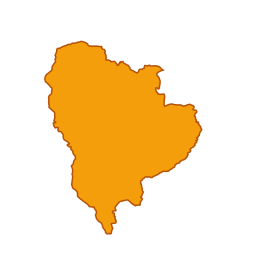 the district of Mweka, Kasaï-Occidental, Democratic Republic of the Congo, rotated 254°
{"feature_id": "63176286B85649689551019", "entity_name": "Mweka", "entity_type": "district", "adm_level": 2, "iso_a3": "COD", "parent_name": "Democratic Republic of the Congo", "parent_adm1": "Kasaï-Occidental", "projection": "orthographic", "projection_center": [21.572, -4.65], "detail": "fine", "context": "isolated", "style": "filled", "palette": "amber", "viewbox_px": 256, "rotation_deg": 254, "n_neighbors": 0, "source": "geoboundaries", "source_scale": "gbopen_adm2", "svg_char_len": 5771}
<svg xmlns="http://www.w3.org/2000/svg" viewBox="0 0 256 256"><g transform="rotate(254 128 128)"><path d="M33.5,77.6L33.2,78.0L32.1,78.5L31.9,79.0L31.9,80.4L31.1,81.5L31.1,82.0L31.5,82.4L31.4,82.9L34.0,84.1L35.4,85.6L39.9,85.4L40.5,85.5L40.6,86.3L40.1,90.1L41.3,90.8L41.9,90.9L42.4,90.7L42.8,91.0L44.1,90.6L45.1,90.6L46.1,91.2L46.9,90.5L47.4,90.5L47.8,90.9L48.5,90.8L48.8,91.1L49.9,91.2L50.3,90.3L50.6,90.1L51.8,89.9L52.1,90.1L52.3,91.7L51.9,93.0L51.9,93.6L52.3,93.7L53.9,93.5L55.1,93.6L55.7,94.1L56.8,95.7L57.7,96.7L59.3,99.4L59.5,100.3L59.2,107.0L58.8,108.1L55.6,110.2L54.6,110.5L54.1,111.3L52.7,112.0L52.4,113.0L51.3,113.4L51.5,114.0L51.0,116.9L50.6,118.2L51.7,118.9L52.7,119.1L53.2,119.3L53.4,119.8L53.9,120.1L55.5,122.0L56.1,122.3L56.5,122.1L57.1,121.5L57.6,121.6L57.9,121.2L58.1,121.2L58.1,121.8L58.3,122.1L59.9,123.1L62.0,124.9L62.7,125.0L63.4,124.6L64.1,124.5L65.3,124.6L65.9,125.1L66.9,124.8L68.1,124.9L69.1,125.3L69.8,125.0L70.7,125.2L71.0,124.9L71.7,124.9L73.3,125.6L73.7,126.1L74.0,127.3L74.5,127.5L75.0,128.1L75.3,129.7L76.1,130.8L76.2,131.7L75.5,132.9L75.1,135.2L74.2,136.2L73.9,136.9L73.8,137.8L74.5,139.1L74.6,139.9L74.5,141.0L74.9,141.7L75.0,143.3L75.4,145.0L76.1,146.2L76.0,147.5L76.5,148.5L76.5,150.6L75.8,152.5L75.4,155.1L76.0,156.3L76.4,156.6L76.5,158.4L77.3,160.2L77.4,161.4L77.9,162.1L79.3,163.0L80.4,165.4L80.3,168.0L81.4,168.7L81.6,169.1L81.6,169.9L82.2,171.2L82.2,171.9L82.0,172.7L82.8,175.1L83.5,175.8L84.0,176.9L84.7,177.1L85.6,178.3L87.2,178.3L87.5,178.5L87.7,179.1L87.8,180.8L88.7,181.9L89.0,182.0L90.0,181.8L90.5,181.9L90.7,182.5L91.3,183.3L91.8,185.9L92.4,186.4L92.8,187.5L93.1,187.8L94.0,187.8L94.4,187.9L94.7,188.4L95.0,189.4L95.7,190.3L97.1,189.9L96.9,190.6L97.7,191.8L98.1,191.9L99.5,191.2L100.2,193.1L100.9,193.6L101.3,194.5L103.3,195.4L106.3,198.5L107.4,198.0L107.9,198.0L108.5,198.2L109.3,198.1L110.2,197.7L110.8,197.6L111.5,197.1L112.0,197.2L112.7,196.6L113.3,196.7L113.7,197.3L114.2,197.3L114.6,196.6L114.9,195.1L115.4,195.0L116.0,195.6L116.7,195.8L117.2,195.8L118.2,195.3L118.9,195.7L120.4,195.9L121.1,195.2L121.4,195.2L123.3,196.5L123.6,196.9L124.0,198.2L124.8,198.6L126.0,198.6L126.3,198.2L127.0,196.6L127.8,195.7L128.1,195.8L129.3,196.9L130.1,197.3L130.7,197.3L131.2,197.0L132.3,195.8L132.4,195.2L133.4,194.5L133.8,193.7L133.9,191.1L133.5,189.7L133.7,187.3L135.6,185.1L136.2,183.3L136.2,182.8L137.6,179.1L139.0,176.8L139.2,175.6L139.3,173.4L138.8,170.6L139.0,169.2L140.3,169.1L140.8,169.2L145.4,170.7L146.0,171.2L148.1,171.9L149.0,172.1L150.4,172.1L151.1,170.9L151.0,169.9L151.3,169.3L151.4,168.0L151.7,167.4L152.2,167.1L152.6,166.2L154.1,166.1L155.0,165.2L155.4,165.2L156.4,165.4L158.3,165.4L158.8,165.9L158.9,166.6L158.6,167.1L157.5,167.5L157.1,167.9L157.1,168.5L157.6,168.9L161.2,170.7L163.6,171.6L164.3,171.8L167.2,171.7L169.1,171.2L170.4,170.5L170.9,170.4L172.5,170.7L173.3,172.5L173.8,174.4L174.0,177.7L175.2,176.6L177.9,175.3L179.8,172.8L180.5,170.5L180.9,167.9L181.2,167.2L182.2,166.2L182.5,165.7L182.4,164.6L182.1,163.8L183.1,162.5L183.4,161.4L182.5,160.6L181.0,159.9L180.7,158.0L181.2,155.3L180.3,154.2L179.1,153.6L178.5,151.7L179.2,150.8L179.6,150.7L180.3,149.7L181.8,148.5L182.3,147.5L182.8,147.1L184.2,146.3L185.0,146.2L185.7,146.4L186.2,146.0L187.9,145.6L188.5,145.1L189.1,144.0L190.0,143.5L190.9,142.3L191.4,141.9L193.2,141.5L193.1,140.2L193.7,139.6L193.3,139.2L193.5,138.8L193.4,138.2L192.6,138.2L192.1,136.7L191.2,136.3L191.0,135.3L191.2,135.0L192.6,134.9L193.9,134.3L194.6,134.2L195.7,133.4L196.2,131.4L196.3,130.2L196.5,129.8L197.9,129.1L198.8,127.8L199.2,126.0L199.5,125.6L200.9,126.0L201.4,126.5L202.9,126.4L203.9,126.9L204.9,126.5L205.4,126.7L206.1,126.3L206.6,126.3L207.1,126.7L207.3,126.7L207.6,127.2L208.0,127.3L209.6,127.0L210.0,126.8L210.6,125.5L210.9,125.3L212.5,124.9L213.6,125.1L214.2,122.9L215.4,120.5L215.3,119.8L215.8,119.1L215.9,118.1L216.3,117.2L216.5,115.6L216.9,115.3L217.4,113.5L218.2,112.7L219.0,112.3L220.0,112.3L222.5,109.9L224.2,107.0L224.0,105.3L224.3,103.6L224.1,100.7L224.9,97.7L224.1,95.9L224.7,94.4L224.8,92.9L224.3,91.6L224.5,90.4L224.2,89.7L224.4,89.1L224.2,88.6L224.2,87.1L223.5,84.8L223.9,82.0L222.7,81.0L221.7,80.8L220.5,80.1L218.0,78.0L216.0,78.2L213.8,76.8L212.3,76.7L211.5,76.5L209.9,74.1L209.3,73.7L208.4,72.5L207.6,71.9L205.1,71.0L204.1,70.0L203.3,67.7L202.7,66.9L202.3,65.4L201.5,64.0L200.3,62.7L198.2,61.6L195.7,61.4L194.8,61.7L193.2,63.0L191.8,63.4L191.0,64.1L188.7,64.9L187.5,65.8L187.1,65.8L186.4,65.7L184.3,64.7L182.5,64.2L181.9,63.5L180.6,60.9L179.9,60.5L178.8,60.0L176.4,59.6L175.5,59.0L173.6,58.8L172.7,58.4L171.0,58.5L170.0,57.8L169.4,57.9L163.4,61.6L162.3,61.6L160.3,60.9L158.0,60.6L157.5,60.0L156.6,59.8L155.8,58.9L155.0,59.0L153.7,60.0L153.3,60.0L153.1,59.8L153.7,58.3L153.4,57.6L152.8,57.4L150.3,57.4L148.2,58.0L148.1,58.4L148.2,59.3L147.8,60.7L147.3,61.0L146.8,60.8L145.5,60.0L144.5,60.1L143.5,60.7L143.4,62.0L142.7,62.6L140.1,63.6L139.3,63.8L138.4,63.7L137.7,63.3L136.9,63.3L136.4,63.1L135.6,63.1L134.1,63.6L131.3,66.2L130.5,66.7L129.6,66.9L129.2,67.3L128.8,67.1L128.8,65.3L128.5,64.9L127.9,64.9L125.8,66.8L125.6,67.3L125.5,68.1L125.1,68.1L124.0,67.4L123.1,67.3L122.6,67.4L122.1,68.0L121.3,68.4L118.7,68.3L117.7,68.4L116.0,69.4L114.4,69.4L112.9,68.9L112.4,68.5L111.8,67.4L111.0,66.7L108.5,65.3L107.9,64.6L107.5,63.4L107.2,63.1L103.8,63.4L100.8,62.6L99.1,61.5L97.1,61.5L95.6,61.1L92.3,59.6L91.0,59.2L89.5,58.3L85.8,58.3L85.0,58.6L82.6,60.7L80.7,61.4L79.9,61.6L78.6,61.2L77.8,61.2L77.1,60.8L75.9,60.8L72.4,63.0L71.2,64.1L69.8,64.8L68.6,66.2L67.8,66.5L66.6,67.6L65.8,68.0L65.0,68.6L63.7,68.9L63.0,69.4L61.7,72.3L61.5,73.5L61.0,73.8L59.8,73.5L57.5,74.5L55.3,74.4L53.3,72.8L50.1,72.7L48.6,73.1L46.0,74.4L44.0,76.2L42.7,76.5L42.0,76.5L41.4,76.6L40.4,76.4L38.5,76.6L37.6,77.1L34.8,77.9L33.5,77.6Z" fill="#f59e0b" stroke="#b45309" stroke-width="1.5"/></g></svg>